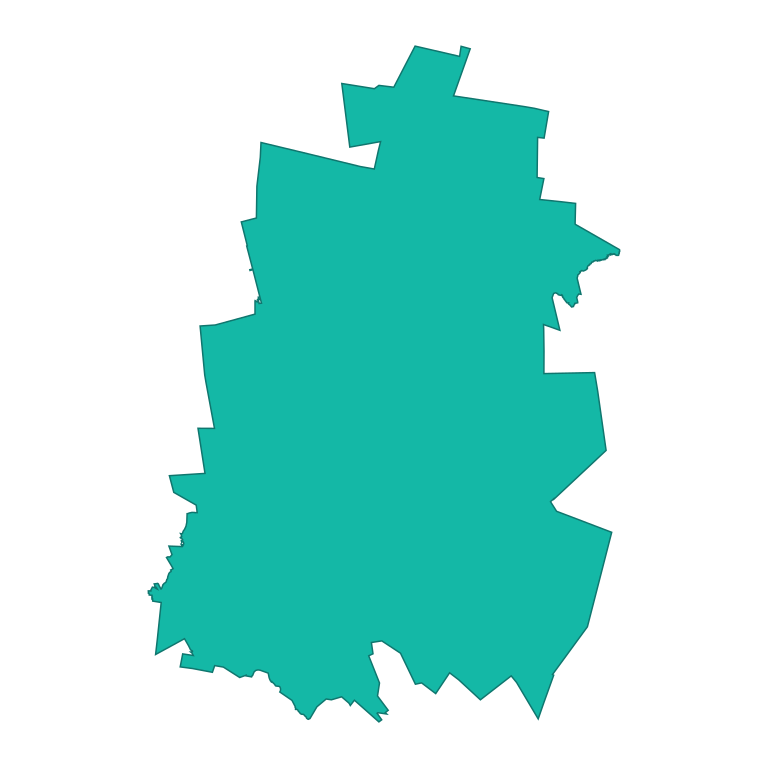 the district of Guadalcázar, San Luis Potosí, Mexico
{"feature_id": "50627088B22261172610418", "entity_name": "Guadalcázar", "entity_type": "district", "adm_level": 2, "iso_a3": "MEX", "parent_name": "Mexico", "parent_adm1": "San Luis Potosí", "projection": "orthographic", "projection_center": [-100.275, 22.904], "detail": "fine", "context": "isolated", "style": "filled", "palette": "teal", "viewbox_px": 768, "rotation_deg": 0, "n_neighbors": 0, "source": "geoboundaries", "source_scale": "gbopen_adm2", "svg_char_len": 5882}
<svg xmlns="http://www.w3.org/2000/svg" viewBox="0 0 768 768"><path d="M374.4,88.7L341.8,83.5L349.8,147.1L380.6,141.6L378.4,150.4L374.3,169.0L360.1,166.5L308.0,153.8L261.0,142.5L260.3,157.3L256.9,186.2L256.4,218.0L241.3,221.9L247.3,245.8L246.7,246.0L252.7,269.0L249.8,269.7L250.0,270.5L252.9,269.7L259.9,297.1L258.3,297.2L258.5,298.4L258.4,298.5L258.6,299.1L258.2,299.1L257.5,299.5L257.4,300.0L258.5,300.4L259.7,299.0L260.3,298.6L261.5,303.2L259.1,303.5L258.9,302.0L258.5,301.8L257.7,301.6L257.2,302.0L255.1,300.6L255.0,300.9L255.0,314.1L215.2,325.0L200.1,326.0L204.7,374.8L205.9,382.0L214.5,428.4L198.0,428.3L205.0,473.4L169.4,475.7L173.8,492.4L196.2,505.1L197.2,512.6L196.3,512.5L195.9,512.7L195.4,512.7L195.0,512.7L194.8,512.5L193.8,512.5L193.2,512.4L191.9,512.4L190.6,512.7L190.0,512.8L188.1,513.4L187.9,513.7L187.1,513.7L186.8,522.3L186.0,526.2L184.5,529.4L183.2,531.2L182.5,533.3L181.9,533.8L180.6,533.6L181.3,534.7L181.4,535.5L181.7,536.4L180.9,537.1L180.3,537.5L180.5,537.9L181.2,537.5L182.7,539.9L181.9,540.4L181.3,540.5L181.7,542.1L181.8,541.8L183.3,541.9L183.8,543.3L183.4,544.9L181.2,544.4L181.6,545.2L182.4,545.1L182.7,546.0L182.6,546.3L182.3,546.6L168.9,546.1L172.0,554.6L170.1,556.9L167.6,556.9L166.5,557.5L172.0,566.7L173.1,568.7L172.5,569.1L170.7,570.0L171.2,571.0L171.0,571.6L170.2,572.0L169.5,572.6L168.8,573.7L167.7,577.0L167.6,578.2L167.5,578.7L166.8,579.5L166.1,581.9L165.2,582.8L164.5,583.1L163.6,584.0L163.4,584.5L163.0,584.6L161.8,588.1L161.4,588.4L161.1,589.0L160.9,589.0L160.4,588.0L158.8,585.1L158.8,584.8L158.4,584.0L157.7,583.4L157.2,583.5L154.2,583.9L154.9,585.8L154.8,586.7L156.1,587.2L157.2,589.0L155.6,588.2L155.5,587.8L155.2,587.7L152.4,587.1L150.9,590.0L150.9,590.9L148.3,590.9L148.4,593.2L148.9,593.2L149.2,594.2L149.2,595.0L152.0,595.3L151.9,597.3L152.2,597.3L151.9,598.9L152.6,598.9L152.7,601.1L161.2,602.5L157.3,639.5L155.6,654.5L184.5,638.7L188.7,646.0L190.6,649.9L192.2,650.8L192.4,651.1L192.5,651.4L192.0,651.9L190.7,652.0L191.9,652.9L193.3,655.5L182.7,653.9L180.2,666.9L192.4,668.5L212.4,672.3L214.7,665.6L223.4,667.1L239.7,677.5L245.8,675.3L245.6,675.8L251.6,676.9L252.1,675.8L252.6,675.5L254.1,671.9L255.8,670.4L258.0,669.9L260.1,670.2L268.2,673.1L269.1,677.6L269.7,679.3L270.6,681.1L271.7,681.4L271.7,681.7L271.6,682.1L272.2,682.1L272.5,682.3L274.5,684.2L275.5,685.8L276.0,686.0L279.2,686.4L279.6,686.6L279.9,687.0L280.3,687.9L280.6,689.1L280.4,690.8L279.8,692.0L292.0,700.4L295.2,706.6L295.1,707.2L295.2,707.5L295.7,708.2L295.5,708.9L295.5,709.4L296.1,709.5L296.6,709.4L296.9,709.4L297.6,709.8L298.1,710.6L298.4,711.4L299.4,712.2L300.1,713.3L300.5,713.7L301.5,714.2L303.5,714.4L303.8,714.6L304.9,716.0L305.8,716.5L306.6,718.2L307.7,719.1L308.5,719.3L308.8,719.2L309.6,718.5L310.0,718.5L316.9,706.8L326.2,699.0L331.4,699.8L341.6,696.8L348.6,702.8L349.3,703.6L350.3,705.5L354.4,700.2L378.9,721.9L381.7,719.8L377.1,713.3L377.8,712.7L386.7,714.0L385.3,712.6L388.2,710.3L377.5,696.0L379.5,683.0L368.7,655.8L373.0,653.8L371.4,642.5L381.8,640.9L400.5,653.2L415.4,684.2L421.6,682.9L435.7,693.6L449.6,672.8L458.7,679.8L480.4,699.8L511.2,675.9L516.6,682.5L538.2,718.9L543.9,702.5L553.7,675.2L552.5,674.5L587.4,626.8L611.7,532.3L556.6,511.3L550.5,501.7L553.8,498.7L553.9,499.2L606.1,450.4L597.7,391.2L594.6,372.6L543.9,373.6L544.0,351.4L543.7,329.1L543.5,324.5L559.9,330.3L552.1,297.7L553.7,293.4L555.7,292.8L556.1,293.0L556.4,293.1L556.5,293.3L556.9,293.4L557.1,293.4L557.2,293.6L557.7,293.8L558.2,294.7L558.4,294.8L558.6,294.7L559.4,295.0L559.9,295.1L560.1,295.3L561.3,295.2L561.5,295.4L561.7,294.8L562.2,295.1L562.6,295.9L562.8,296.8L562.7,297.2L563.2,297.7L563.2,297.8L563.5,298.0L564.0,298.6L564.0,299.0L564.3,299.5L565.2,300.4L565.4,300.9L565.8,301.2L566.0,301.7L566.4,301.9L566.7,302.6L567.2,302.9L568.6,302.8L568.4,303.3L568.5,303.9L569.3,304.6L569.6,304.7L571.6,307.0L572.9,306.7L573.5,306.5L573.5,305.7L573.8,305.3L574.6,304.5L574.7,303.4L577.7,302.8L577.7,301.9L576.7,297.5L577.6,295.6L578.8,294.0L581.0,294.3L577.1,278.1L577.4,277.0L577.7,276.3L577.7,275.3L577.9,274.8L578.4,274.6L580.0,272.8L580.2,272.5L580.0,272.0L580.3,272.1L580.5,271.6L580.8,271.1L581.1,271.0L581.5,270.9L581.6,270.6L581.9,270.5L582.2,270.8L583.5,271.0L585.3,270.2L586.8,269.3L586.9,268.7L587.4,268.5L587.4,268.0L587.2,267.4L587.6,266.8L587.6,266.5L587.8,266.0L588.3,265.7L588.6,265.3L588.9,265.4L589.1,265.0L589.3,264.9L589.6,264.9L589.8,264.1L590.7,263.9L590.9,263.6L591.2,263.4L591.6,262.3L591.9,262.1L592.5,262.1L593.2,261.8L593.4,261.3L593.7,261.1L593.9,261.0L594.3,261.1L594.8,260.7L595.4,260.7L595.6,260.6L595.7,260.4L596.7,260.6L597.3,261.1L597.5,261.0L598.0,260.2L598.3,260.7L598.4,260.8L598.6,260.8L599.1,260.4L599.3,260.7L599.6,260.8L600.1,260.6L600.0,260.1L600.7,260.2L600.8,259.9L601.4,260.1L601.5,260.1L601.7,259.8L602.2,259.9L602.5,259.7L602.9,259.5L603.3,259.7L603.5,259.6L604.0,259.8L604.2,259.6L604.1,259.1L605.3,258.8L605.8,258.3L606.0,258.4L606.0,258.6L606.5,258.0L606.8,257.9L606.9,257.7L607.1,257.6L607.2,258.0L607.6,257.7L607.5,257.1L607.1,256.8L607.6,256.5L607.7,256.3L608.1,256.2L607.8,255.9L607.5,256.1L607.4,256.1L607.6,255.6L607.5,255.3L608.1,255.4L608.4,255.2L608.4,254.9L609.0,254.8L609.9,255.0L609.8,254.6L610.1,254.5L610.0,254.0L610.2,253.9L610.4,254.1L610.5,254.6L611.0,254.6L611.0,254.2L611.6,254.7L612.0,254.5L612.1,254.1L612.5,254.5L613.3,254.1L613.8,254.2L613.8,253.9L613.9,253.7L614.2,253.7L614.9,254.4L615.1,254.3L615.4,254.7L615.9,255.0L616.2,255.4L616.7,255.2L617.3,255.2L617.9,255.5L618.6,255.2L618.8,254.7L618.8,253.9L619.2,253.5L619.0,253.0L619.3,252.6L619.2,252.0L619.6,251.6L619.5,251.3L619.7,251.0L619.6,249.8L619.4,249.6L575.4,224.4L575.1,223.7L575.6,203.4L559.9,201.6L539.7,199.5L543.9,178.6L537.1,177.5L537.6,137.4L544.1,138.1L548.6,111.6L534.4,108.3L524.4,106.6L453.5,95.9L470.2,48.8L461.1,46.3L459.6,56.4L415.1,46.1L393.8,87.2L378.9,85.4L374.4,88.7Z" fill="#14b8a6" stroke="#0f766e" stroke-width="1.5"/></svg>